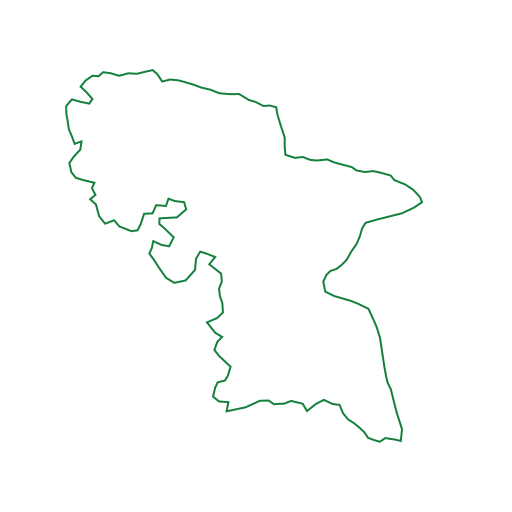 Porto Amazonas, Paraná, Brazil (Albers equal-area conic projection), rotated 82°
{"feature_id": "56859067B80853054664555", "entity_name": "Porto Amazonas", "entity_type": "district", "adm_level": 2, "iso_a3": "BRA", "parent_name": "Brazil", "parent_adm1": "Paraná", "projection": "albers", "projection_center": [-49.893, -25.527], "detail": "fine", "context": "isolated", "style": "outline", "palette": "green", "viewbox_px": 512, "rotation_deg": 82, "n_neighbors": 0, "source": "geoboundaries", "source_scale": "gbopen_adm2", "svg_char_len": 2374}
<svg xmlns="http://www.w3.org/2000/svg" viewBox="0 0 512 512"><g transform="rotate(82 256 256)"><path d="M459.3,138.4L447.9,135.5L430.9,138.4L418.8,139.8L406.8,141.0L399.7,143.3L393.6,143.9L383.3,144.3L354.2,144.6L344.2,146.2L339.0,147.5L324.0,152.0L317.8,161.1L313.8,168.0L306.5,184.2L300.9,192.4L290.6,192.9L284.7,189.0L281.2,184.5L280.0,178.1L277.2,173.1L272.5,166.9L264.5,160.7L258.1,154.7L250.7,150.3L243.5,147.1L238.4,142.9L236.6,129.6L235.2,116.5L234.0,105.5L230.0,92.6L225.8,84.1L220.5,85.4L212.4,91.0L206.1,98.1L200.0,108.5L195.0,111.5L190.3,122.4L188.2,128.3L188.0,136.4L185.3,144.5L181.3,148.8L178.0,156.6L174.5,165.0L170.3,172.1L169.9,182.6L168.3,189.0L164.5,195.9L164.2,204.0L159.8,212.8L152.2,212.4L142.8,211.1L129.9,213.4L119.1,215.1L111.5,215.3L108.9,221.5L108.5,227.7L103.5,234.8L100.6,241.2L93.3,250.1L92.1,259.3L89.8,269.6L85.0,277.9L81.4,287.2L77.5,294.3L73.7,302.6L71.1,308.9L69.3,316.5L70.2,324.6L62.2,328.4L57.5,332.5L58.1,339.8L59.0,348.7L57.3,356.8L58.5,366.5L54.9,374.2L52.7,381.7L56.1,387.0L54.7,392.8L58.5,400.3L63.9,406.1L70.5,400.9L77.8,396.1L81.9,399.9L78.7,408.8L75.3,416.5L81.1,423.1L89.0,424.0L97.4,423.7L104.2,423.7L113.1,421.4L119.7,420.0L118.2,412.9L126.2,415.2L132.6,423.0L138.0,427.9L147.3,427.2L153.5,423.5L156.9,416.2L161.0,405.8L166.0,409.0L173.1,406.5L176.7,412.3L182.8,407.3L194.8,405.8L203.0,400.9L200.9,391.5L207.7,387.2L214.1,375.9L214.1,369.7L208.5,365.8L198.6,360.9L199.4,352.5L191.8,347.8L193.9,338.2L187.1,334.7L190.3,328.7L192.7,319.7L200.1,318.6L206.8,329.1L206.2,335.6L205.3,346.3L210.8,347.3L215.6,343.0L226.1,334.9L234.3,340.7L231.9,348.0L227.0,355.7L233.5,358.0L238.8,361.3L244.8,358.0L253.0,354.2L265.0,348.2L271.2,340.7L270.4,329.1L261.3,318.3L250.4,315.8L243.9,310.6L246.9,304.4L251.3,296.6L257.7,303.4L268.6,293.0L276.6,293.4L283.3,297.2L290.8,297.3L297.9,295.9L307.3,296.6L312.0,303.0L314.9,313.8L326.4,307.1L331.4,300.8L335.7,306.3L343.3,310.3L350.1,306.3L362.1,296.6L370.3,300.3L375.0,304.1L375.8,311.5L380.8,314.8L389.3,318.1L394.9,312.8L396.9,303.7L405.7,306.7L404.4,287.5L402.2,280.0L399.9,272.2L400.9,263.6L405.2,258.9L406.1,248.5L404.4,241.4L408.8,230.3L416.6,227.1L410.8,217.1L407.9,208.9L413.2,200.8L415.0,194.0L423.8,191.7L430.7,187.5L435.5,181.9L440.5,177.4L445.7,173.2L451.7,170.3L454.5,165.1L457.2,159.2L454.3,153.4L457.2,143.7L459.3,138.4Z" fill="none" stroke="#15803d" stroke-width="2"/></g></svg>